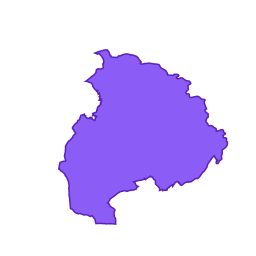 outline of Yahualica, Hidalgo, Mexico, rotated 245°
{"feature_id": "50627088B30826569642234", "entity_name": "Yahualica", "entity_type": "district", "adm_level": 2, "iso_a3": "MEX", "parent_name": "Mexico", "parent_adm1": "Hidalgo", "projection": "robinson", "projection_center": [-98.388, 20.92], "detail": "fine", "context": "isolated", "style": "filled", "palette": "violet", "viewbox_px": 256, "rotation_deg": 245, "n_neighbors": 0, "source": "geoboundaries", "source_scale": "gbopen_adm2", "svg_char_len": 5763}
<svg xmlns="http://www.w3.org/2000/svg" viewBox="0 0 256 256"><g transform="rotate(245 128 128)"><path d="M54.9,58.6L52.9,63.3L51.7,65.2L51.6,66.0L50.7,67.0L48.1,72.8L46.1,76.2L50.9,78.4L53.9,78.3L55.4,78.9L56.2,79.1L57.5,79.8L58.7,81.2L59.4,81.5L60.3,81.3L61.9,80.5L63.2,79.5L64.6,78.9L65.4,78.7L66.1,78.7L66.4,78.5L66.9,78.8L67.4,78.7L68.2,78.5L68.6,78.1L68.6,78.4L71.3,82.0L72.5,88.4L73.2,90.8L73.4,93.4L73.6,94.1L73.0,96.3L73.0,97.1L72.8,98.0L72.5,98.7L71.0,100.2L70.8,102.3L70.6,103.3L69.9,105.7L69.4,106.8L69.4,108.7L69.0,109.2L70.3,110.9L70.6,111.5L70.7,112.3L70.8,112.6L72.0,111.4L72.7,111.1L75.1,111.2L75.7,111.1L76.3,110.8L76.7,110.5L76.1,114.6L75.2,117.8L74.7,120.9L74.7,121.4L75.2,121.6L73.8,122.1L74.4,124.0L74.7,127.4L74.9,127.9L74.2,127.9L73.4,129.1L72.8,129.6L71.3,129.4L69.5,130.3L68.7,130.5L68.1,130.4L65.8,129.3L64.8,129.5L63.9,130.0L60.6,131.0L58.5,130.7L58.1,130.3L57.7,133.3L56.5,133.1L56.2,134.7L55.6,135.6L55.2,137.1L55.9,137.6L56.1,137.6L56.3,137.4L56.8,138.4L56.6,140.1L57.1,140.4L57.6,142.4L57.7,144.3L56.2,143.8L56.5,144.4L57.2,145.2L57.3,145.8L57.7,146.2L58.3,147.3L58.7,148.5L58.8,149.8L58.7,150.0L58.4,150.1L58.4,150.5L56.6,151.4L56.4,151.5L56.5,150.8L54.4,151.5L53.5,152.0L53.7,153.0L53.4,153.4L53.8,154.1L54.3,156.4L54.1,159.4L53.4,159.6L53.2,161.0L52.7,161.8L52.8,163.4L53.5,167.2L53.5,167.8L53.3,168.8L52.7,169.8L53.5,172.2L56.3,177.1L56.5,178.7L56.9,179.5L57.6,179.9L57.8,180.7L59.1,183.0L60.1,183.6L61.6,185.1L65.6,191.9L66.4,194.4L66.2,194.5L65.3,194.1L64.5,194.6L63.2,194.4L61.3,195.5L60.9,195.5L60.7,195.4L60.7,195.1L61.2,194.8L61.1,194.5L60.0,193.8L59.6,193.3L59.0,193.1L58.1,193.5L58.0,193.8L58.1,194.4L57.9,194.6L58.4,195.6L59.2,196.4L59.5,197.1L60.0,199.0L60.0,199.5L60.9,200.2L61.9,200.3L63.5,201.1L64.6,202.3L65.6,202.9L67.4,203.6L68.4,204.6L68.9,207.5L69.3,208.6L70.4,210.5L71.5,211.3L73.6,212.3L74.1,211.9L74.6,211.8L75.5,212.1L76.5,212.8L77.1,212.8L77.9,212.3L78.7,210.6L79.5,210.5L80.9,210.8L81.2,211.8L81.2,212.7L81.6,213.8L82.0,214.1L83.0,213.3L83.5,212.9L84.0,212.9L84.5,213.3L85.5,213.4L86.5,213.0L87.0,211.9L87.3,208.5L87.8,206.9L88.5,206.7L88.7,207.0L89.6,207.5L90.6,207.4L92.7,205.7L93.9,205.6L95.4,203.8L95.6,202.9L95.8,202.3L96.7,201.8L98.1,202.1L100.1,201.5L101.5,201.4L101.8,201.6L102.3,202.5L103.3,203.1L103.7,203.8L103.7,204.9L104.7,205.7L105.6,205.9L106.2,206.5L106.7,206.6L108.4,205.8L109.2,205.6L109.8,205.1L110.5,204.9L112.0,205.5L112.1,207.3L118.4,207.6L118.6,207.8L119.9,208.5L120.7,209.6L121.5,209.4L122.3,207.9L123.4,206.7L124.4,206.4L125.9,205.7L126.6,205.2L127.6,204.0L128.9,198.3L129.6,197.1L130.3,196.9L131.0,197.0L132.5,197.7L133.6,197.0L133.6,196.4L134.2,195.6L135.0,195.2L136.0,195.7L136.5,196.6L137.1,198.4L137.5,199.1L140.3,199.9L141.1,200.4L141.6,201.9L141.5,203.2L141.8,203.7L142.5,203.8L143.7,203.7L144.7,203.3L145.5,201.6L146.9,200.3L150.4,198.4L151.2,196.6L151.4,194.2L152.6,193.1L153.4,193.2L153.6,194.2L153.5,194.9L153.6,195.6L154.2,196.2L154.5,196.2L155.0,196.0L155.7,195.4L156.5,194.1L156.6,193.4L156.9,193.1L157.1,192.3L156.7,191.3L156.7,190.8L156.9,190.3L157.6,189.6L159.1,186.4L159.5,186.3L159.8,186.6L161.3,186.8L163.3,186.6L165.3,185.8L166.8,184.4L168.4,183.4L169.4,183.1L170.4,183.0L171.0,183.1L172.4,182.8L173.6,181.3L174.8,179.1L177.9,174.5L178.8,171.7L179.4,170.5L179.7,168.4L180.7,166.7L181.1,166.4L181.5,166.4L182.3,167.9L183.9,167.5L185.0,167.0L185.8,166.9L187.8,166.7L189.5,165.9L190.2,165.0L190.8,164.5L192.5,162.8L192.5,162.3L195.2,159.0L195.7,158.0L196.2,156.7L196.7,154.2L196.6,152.4L196.8,151.2L197.4,149.8L196.4,148.2L199.3,142.8L201.1,143.0L201.2,142.5L205.5,142.8L207.4,142.3L208.1,141.1L208.8,138.7L209.6,133.6L209.9,129.7L207.7,131.7L207.8,133.3L204.1,134.4L200.6,134.7L198.7,134.3L197.2,133.3L196.6,132.1L195.9,131.9L195.1,131.9L194.6,131.5L193.5,131.4L192.7,130.2L192.8,128.6L194.4,125.6L194.2,124.1L193.0,123.1L192.5,122.9L191.8,122.3L191.1,121.1L190.5,119.5L190.0,116.6L189.5,115.2L188.6,111.6L188.2,110.3L188.2,109.6L187.5,110.6L184.5,113.5L183.8,113.8L182.1,114.1L180.5,113.7L178.7,114.1L177.4,114.1L176.1,114.8L175.0,115.0L175.2,116.1L174.9,116.4L174.1,115.3L173.1,115.7L171.2,115.3L171.6,116.6L170.9,116.4L169.0,116.3L168.5,115.7L168.6,115.2L167.4,115.3L167.0,115.2L166.9,115.0L166.5,114.8L166.4,115.2L166.0,115.7L165.8,115.4L165.4,115.4L165.9,114.4L165.4,113.6L164.6,115.2L163.9,115.5L164.0,115.0L162.9,114.6L162.4,114.6L162.2,114.3L162.3,114.0L161.5,113.7L161.8,113.4L160.7,112.8L160.5,111.7L159.9,110.8L160.2,110.8L160.0,110.3L160.1,110.1L159.5,109.7L159.5,109.1L157.4,107.7L157.6,107.5L155.8,106.1L156.1,102.1L154.7,102.2L154.4,101.2L154.1,101.2L154.3,102.4L153.6,102.4L153.0,102.9L153.2,103.6L152.6,104.0L152.2,103.7L151.6,104.4L151.2,104.1L151.0,103.1L151.2,102.8L148.9,101.2L150.0,100.1L151.7,98.8L152.1,99.7L153.3,99.1L153.7,98.4L153.7,98.0L153.0,97.1L153.5,96.4L153.8,95.6L154.9,94.7L155.6,94.6L156.4,94.1L156.9,94.4L157.1,94.7L157.9,93.8L159.0,94.3L159.1,92.4L158.9,92.0L159.4,90.8L158.4,89.6L156.1,87.6L156.0,86.5L156.1,86.0L155.9,85.5L154.6,84.5L154.3,82.7L153.5,80.7L152.1,78.1L151.1,77.5L150.6,77.5L148.9,78.1L147.5,77.8L146.0,78.5L145.5,78.4L145.1,77.9L144.3,75.4L143.0,73.9L141.6,70.8L141.1,68.4L138.5,64.4L137.3,63.3L135.8,62.8L134.8,62.1L132.8,61.1L129.6,58.6L124.7,57.7L124.4,57.3L125.2,55.2L125.4,53.7L125.5,51.9L123.9,50.5L120.0,47.9L119.6,48.5L118.8,48.7L118.1,48.7L117.4,49.0L116.8,49.7L115.0,50.3L114.8,50.5L114.0,50.9L112.6,51.3L111.9,51.0L110.6,51.2L110.2,51.4L108.9,51.5L104.6,51.4L99.7,49.9L99.0,49.1L93.4,47.0L92.6,46.4L91.3,46.0L91.1,46.1L79.3,41.9L77.7,43.2L74.3,44.1L72.6,45.2L72.2,45.9L71.4,46.4L71.0,47.6L70.9,48.3L70.7,48.8L70.2,48.9L67.6,51.6L67.2,53.3L66.6,54.1L66.2,54.4L65.8,55.1L64.0,56.0L63.7,56.5L63.9,58.2L59.1,59.5L56.6,58.8L54.9,58.6Z" fill="#8b5cf6" stroke="#5b21b6" stroke-width="1.5"/></g></svg>